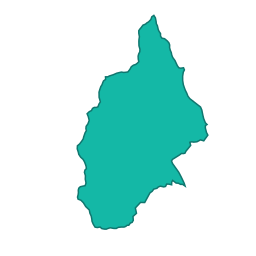 Guaíba, Rio Grande do Sul, Brazil, rotated 330°
{"feature_id": "56859067B97108440127391", "entity_name": "Guaíba", "entity_type": "district", "adm_level": 2, "iso_a3": "BRA", "parent_name": "Brazil", "parent_adm1": "Rio Grande do Sul", "projection": "equal_earth", "projection_center": [-51.43, -30.165], "detail": "fine", "context": "isolated", "style": "filled", "palette": "teal", "viewbox_px": 256, "rotation_deg": 330, "n_neighbors": 0, "source": "geoboundaries", "source_scale": "gbopen_adm2", "svg_char_len": 2569}
<svg xmlns="http://www.w3.org/2000/svg" viewBox="0 0 256 256"><g transform="rotate(330 128 128)"><path d="M193.6,174.1L193.7,171.3L195.0,166.6L196.3,164.6L198.2,164.5L197.6,162.2L198.2,157.8L199.3,154.1L200.9,149.4L201.3,146.1L196.2,133.5L195.8,130.4L196.3,127.3L196.5,123.9L197.0,121.0L197.6,118.1L199.1,114.2L201.2,110.5L203.8,107.3L205.9,105.9L206.2,103.6L203.4,102.5L202.1,101.2L201.9,98.8L202.1,96.3L202.4,93.1L202.0,89.2L202.4,86.6L203.2,84.3L203.5,81.8L204.2,79.2L205.6,76.9L206.0,74.6L205.5,72.1L204.3,68.9L202.3,67.2L202.1,64.8L203.4,62.4L203.2,60.1L203.4,57.9L204.6,54.1L204.7,51.8L205.6,49.8L206.8,46.3L206.7,43.4L204.2,43.6L202.0,45.5L198.8,46.4L196.9,46.4L195.1,46.8L192.4,46.4L189.6,47.6L187.6,48.3L186.0,49.1L184.7,51.4L183.5,54.7L181.7,56.9L180.5,58.8L178.6,62.3L177.7,65.8L176.3,67.9L174.3,69.2L172.7,70.8L171.3,73.5L170.5,76.0L168.3,76.6L166.3,76.8L164.1,76.3L161.5,76.6L158.9,78.2L155.9,79.4L153.9,78.6L152.0,77.7L150.3,76.3L148.4,75.7L145.6,74.9L141.9,74.5L137.8,73.6L136.1,73.6L134.1,72.4L132.9,74.7L130.3,75.0L128.7,76.2L127.2,77.5L125.1,78.6L122.9,80.5L120.8,82.5L119.6,84.7L118.3,87.0L117.8,89.1L117.1,91.6L114.9,92.7L112.6,94.6L111.0,94.4L109.1,93.3L107.1,93.3L105.1,94.6L102.5,94.5L99.7,95.2L99.3,98.2L98.2,102.0L95.3,104.4L92.6,105.6L91.3,107.4L90.5,109.6L88.7,110.5L86.7,112.2L85.1,113.6L83.8,115.0L81.9,116.0L80.3,116.7L78.2,117.6L75.3,118.1L73.6,120.7L72.9,124.0L72.2,126.2L72.4,129.6L73.4,132.7L73.4,135.5L73.0,138.1L72.5,140.4L71.6,142.4L69.7,142.9L68.1,144.6L67.3,148.0L65.4,151.0L64.1,154.7L62.0,156.5L59.6,155.7L57.3,155.0L55.3,155.5L53.9,156.9L52.7,159.2L51.4,160.9L49.7,162.6L49.2,164.7L51.1,167.0L52.0,170.4L52.1,174.9L53.5,179.6L52.4,182.8L52.1,185.9L51.1,188.8L50.2,190.8L49.8,194.0L49.9,197.4L51.7,198.9L54.3,199.8L55.0,202.0L56.8,203.6L58.5,204.7L60.5,205.0L62.7,205.5L65.4,207.8L67.5,209.1L70.0,209.2L72.8,210.5L75.0,211.8L76.8,212.1L78.6,211.8L80.1,212.6L82.5,211.5L84.4,211.8L86.4,210.6L88.1,207.1L92.7,206.1L94.4,200.9L101.6,198.7L105.2,200.9L114.5,195.2L117.3,194.9L119.8,193.8L122.9,194.7L124.9,194.2L127.0,194.6L129.5,196.9L131.3,197.4L133.4,195.9L135.4,197.1L137.4,199.0L138.8,196.7L140.5,195.7L142.1,199.7L144.1,201.1L145.3,203.1L147.1,204.1L148.4,206.8L149.0,204.1L149.3,200.7L149.6,196.9L149.8,191.8L149.5,188.3L149.2,185.4L148.8,181.1L149.2,178.3L150.9,177.4L159.1,177.1L161.6,176.8L163.1,177.8L164.7,178.3L166.5,177.1L173.6,174.4L174.4,171.3L176.2,171.8L177.9,173.1L180.8,174.4L183.1,174.5L184.8,174.5L187.2,177.0L189.6,175.9L191.2,175.2L193.6,174.1Z" fill="#14b8a6" stroke="#0f766e" stroke-width="1.5"/></g></svg>